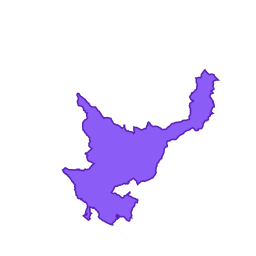 Sasciori, Alba, Romania (Robinson projection), rotated 220°
{"feature_id": "2599482B91452877532822", "entity_name": "Sasciori", "entity_type": "district", "adm_level": 2, "iso_a3": "ROU", "parent_name": "Romania", "parent_adm1": "Alba", "projection": "robinson", "projection_center": [23.57, 45.799], "detail": "fine", "context": "isolated", "style": "filled", "palette": "violet", "viewbox_px": 256, "rotation_deg": 220, "n_neighbors": 0, "source": "geoboundaries", "source_scale": "gbopen_adm2", "svg_char_len": 5681}
<svg xmlns="http://www.w3.org/2000/svg" viewBox="0 0 256 256"><g transform="rotate(220 128 128)"><path d="M165.8,102.5L161.3,97.6L159.9,97.6L158.3,96.9L155.9,96.5L155.0,96.0L154.2,96.4L150.5,95.4L149.7,94.0L148.1,93.4L148.1,91.2L146.2,89.0L142.4,89.0L143.1,83.8L143.4,83.1L143.5,82.0L144.4,81.6L144.2,80.8L141.1,81.0L141.1,79.4L138.3,77.5L136.2,77.4L135.0,78.2L131.0,78.8L131.3,76.9L131.7,76.5L131.7,75.7L131.4,75.3L131.6,73.3L131.3,73.0L131.5,71.4L133.1,69.3L134.4,69.0L134.5,67.6L135.2,66.7L135.0,66.4L136.0,66.1L136.5,65.4L138.5,64.8L138.4,64.3L138.7,64.2L138.9,64.9L139.7,64.4L140.6,63.4L140.1,63.1L141.7,61.8L141.8,61.3L143.7,60.3L146.5,58.0L150.5,57.2L150.6,56.1L150.3,56.2L151.1,53.7L148.5,53.1L148.7,52.8L146.5,52.7L146.1,53.2L145.7,52.8L143.8,53.1L143.6,52.7L140.9,52.5L137.6,51.7L136.4,51.1L135.2,51.5L135.0,50.9L131.5,50.2L131.4,49.1L130.2,48.1L129.5,48.0L129.4,46.6L127.5,45.8L124.4,43.2L124.0,43.5L122.9,43.2L122.6,42.7L121.7,42.2L120.6,42.1L118.4,43.8L118.4,43.1L117.9,42.8L117.2,43.3L113.8,43.3L112.9,43.7L112.9,44.1L110.9,43.6L109.3,42.8L108.5,41.5L108.1,41.6L107.2,38.2L105.9,35.4L104.4,36.0L104.0,34.9L104.7,34.8L104.4,34.0L105.4,33.6L105.8,32.0L99.1,32.0L98.7,33.3L98.7,34.2L100.0,34.5L100.7,35.5L100.6,36.4L101.4,37.8L101.0,39.1L103.3,39.2L103.9,40.2L104.5,40.5L104.8,41.3L106.5,42.6L106.5,42.8L106.0,42.9L105.7,43.6L104.4,43.7L103.0,44.2L103.0,45.3L99.5,44.6L96.9,44.7L96.5,44.0L95.7,44.0L94.7,43.5L93.8,42.1L93.7,41.1L91.4,40.6L90.1,40.9L87.9,40.8L86.5,41.4L84.4,41.6L79.6,42.9L79.7,43.2L78.7,43.3L77.5,43.9L78.7,45.3L78.1,48.2L78.3,49.5L78.6,49.7L78.5,50.5L77.6,51.5L77.3,53.2L77.7,54.6L78.0,54.2L77.6,53.9L77.9,53.1L78.1,53.0L77.9,53.6L78.1,53.6L78.5,52.8L80.0,52.5L80.3,53.1L79.2,53.1L79.6,53.0L78.9,52.9L78.4,53.3L78.6,53.8L78.4,54.0L80.3,53.5L80.2,53.9L80.7,54.5L79.5,54.9L77.4,54.8L75.5,56.1L75.5,56.5L75.2,56.8L73.9,57.4L69.4,56.7L67.3,57.4L67.2,58.1L68.6,60.6L68.2,61.3L67.6,61.5L68.1,61.8L69.0,63.5L70.6,64.4L71.9,66.0L72.0,67.4L73.0,69.4L73.0,72.8L74.4,75.0L74.3,76.0L72.9,76.7L74.1,79.0L74.6,79.3L75.3,79.1L75.6,78.5L76.7,78.7L79.3,77.6L82.0,77.4L83.1,76.7L85.4,76.5L84.7,78.9L85.1,80.0L85.4,80.1L86.2,75.1L87.3,73.6L86.6,72.4L87.2,71.0L88.2,70.6L91.8,70.7L93.9,69.7L95.2,70.1L96.3,69.6L96.9,68.5L98.4,67.8L99.2,67.9L99.4,71.0L100.4,74.3L100.2,75.2L98.9,76.4L98.6,77.5L96.6,80.3L95.9,81.6L95.6,83.0L93.9,83.5L93.7,84.6L92.7,84.6L92.7,85.0L92.3,85.2L92.5,85.6L92.0,86.5L92.5,87.1L93.2,87.1L92.1,90.5L92.2,91.0L91.3,93.2L89.5,92.7L88.7,93.0L87.6,92.8L84.4,90.9L83.6,95.7L82.9,96.2L82.8,96.8L80.9,97.9L79.4,100.9L79.0,101.2L77.6,104.9L77.1,105.5L77.3,105.8L76.9,106.3L77.2,106.9L77.2,110.1L77.7,110.8L77.8,112.1L79.4,112.9L79.5,113.6L81.1,115.7L81.6,117.9L82.4,118.5L82.8,119.5L82.5,121.1L83.0,122.8L83.1,124.6L82.6,126.3L83.1,127.1L83.6,127.3L83.6,128.2L84.7,132.1L87.0,135.6L87.1,136.4L86.8,137.8L86.1,138.7L86.3,139.6L88.7,141.3L89.1,142.0L89.3,143.4L88.0,144.7L87.5,145.6L87.6,146.2L86.8,147.7L85.8,148.6L85.2,148.7L84.2,149.9L83.8,150.8L83.9,154.1L83.6,155.7L81.9,159.6L82.3,160.4L82.2,161.0L81.3,163.8L79.4,166.6L79.7,167.0L79.6,167.6L79.0,168.6L78.8,169.5L77.8,170.0L75.0,169.4L74.2,169.7L72.8,171.2L72.8,171.5L73.4,172.0L72.8,173.4L71.3,174.9L71.7,177.4L72.3,178.1L72.9,179.7L73.8,180.6L73.2,181.3L73.6,183.5L72.4,184.1L72.5,185.2L71.9,185.6L71.8,186.1L73.4,188.0L73.3,188.8L72.9,189.4L72.9,190.4L74.1,191.7L73.5,191.8L72.8,192.5L72.8,193.4L72.4,193.9L74.6,193.9L75.4,194.9L76.4,198.4L75.5,199.7L77.2,201.2L78.4,201.9L79.3,201.9L79.1,202.4L79.4,202.9L84.2,204.5L85.2,204.4L86.1,206.0L86.5,207.5L85.2,209.4L86.0,209.8L88.2,209.7L87.1,213.1L90.0,214.6L90.1,215.5L91.0,216.9L92.6,218.0L92.6,219.2L92.0,220.1L91.8,220.9L89.7,222.8L95.0,223.2L96.2,224.0L97.9,223.4L99.2,222.5L99.9,221.3L100.6,221.0L105.2,221.5L106.4,222.0L106.5,220.1L106.2,216.2L104.7,214.1L104.8,213.2L106.2,212.3L107.2,210.7L108.2,209.8L107.0,209.3L104.9,206.8L102.7,205.8L102.2,204.5L100.7,202.6L100.4,201.3L100.9,200.5L100.7,200.0L100.8,197.5L101.3,196.3L101.1,196.1L101.8,195.7L101.1,194.7L100.9,191.7L99.1,190.6L97.5,190.1L96.4,190.4L95.8,191.1L95.2,190.9L96.4,186.6L95.9,186.1L95.3,184.5L94.6,184.3L93.5,183.2L92.3,183.0L91.6,181.5L90.6,181.0L90.3,180.0L88.9,178.8L88.7,176.1L86.5,174.3L88.0,172.1L88.2,171.2L89.2,170.7L91.0,168.9L90.9,168.0L91.6,166.5L95.1,162.8L96.1,160.6L96.9,160.1L97.3,158.6L97.1,156.6L98.0,154.9L97.6,154.5L98.1,152.9L97.9,152.0L98.4,150.9L99.3,150.5L99.9,149.5L101.1,148.6L102.5,148.9L106.5,148.0L108.7,146.6L109.1,145.6L110.5,144.9L111.8,145.2L112.9,144.9L114.4,145.8L116.2,145.6L115.7,143.6L114.7,143.0L115.0,142.5L115.0,141.8L113.7,139.0L115.1,138.1L115.9,135.7L117.7,134.8L121.0,134.2L122.2,133.7L122.6,133.1L124.1,132.6L122.2,130.2L120.5,129.4L120.2,128.8L120.5,128.6L120.2,128.1L120.3,127.4L121.0,127.8L122.5,127.5L124.5,126.2L126.2,125.9L126.5,125.1L127.1,124.8L128.1,124.8L128.9,125.5L129.7,125.2L132.4,127.9L132.8,127.8L132.7,127.3L131.6,126.6L132.2,124.1L134.4,123.9L135.3,124.2L136.7,123.7L137.3,123.8L138.3,123.5L139.0,122.7L140.3,122.7L141.3,122.1L145.0,123.2L147.5,124.4L148.7,123.5L150.1,123.0L152.1,121.2L152.5,120.7L152.4,120.2L153.5,119.9L154.7,120.6L156.6,120.6L157.1,121.1L160.4,122.1L161.1,122.3L161.9,121.9L166.3,123.2L168.7,121.3L170.3,120.6L173.0,121.2L173.6,121.7L175.7,121.5L177.4,122.0L178.3,121.7L179.2,122.4L181.0,122.0L182.8,122.2L184.6,121.7L187.8,122.8L188.8,122.1L188.5,120.7L187.9,120.2L185.9,119.5L184.9,118.6L184.2,117.1L184.2,116.4L183.4,115.3L180.3,113.3L178.6,114.5L176.9,114.9L175.4,114.8L173.3,113.0L171.9,113.6L171.0,112.7L170.0,112.6L168.8,113.3L168.6,112.1L166.9,110.4L165.5,109.8L165.5,107.6L166.2,106.8L166.1,105.3L166.3,104.8L165.8,102.5Z" fill="#8b5cf6" stroke="#5b21b6" stroke-width="1.5"/></g></svg>